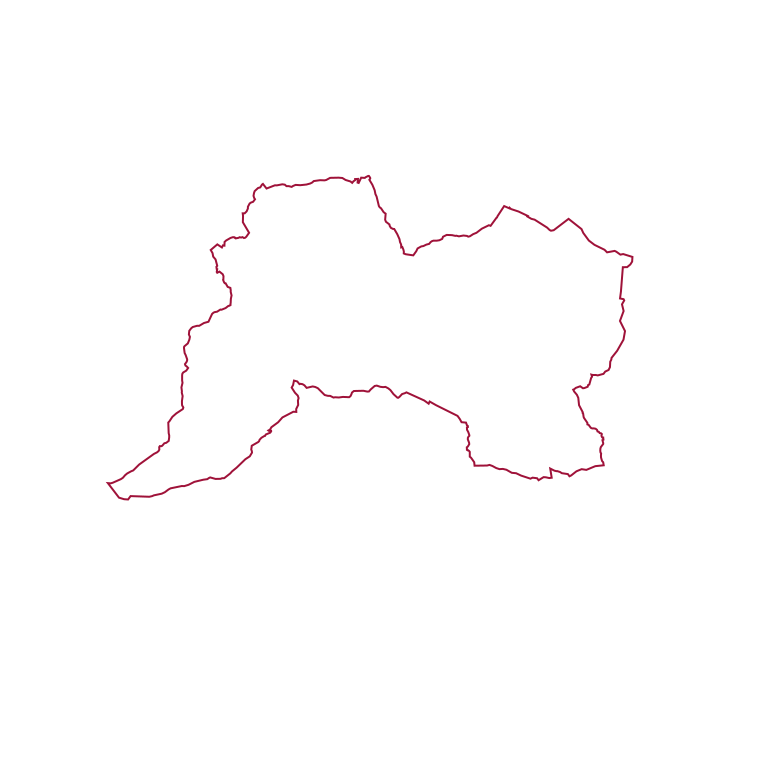 outline of Albestii De Arges, Arges, Romania, rotated 219°
{"feature_id": "2599482B24655595940767", "entity_name": "Albestii De Arges", "entity_type": "district", "adm_level": 2, "iso_a3": "ROU", "parent_name": "Romania", "parent_adm1": "Arges", "projection": "natural_earth1", "projection_center": [24.684, 45.238], "detail": "fine", "context": "isolated", "style": "outline", "palette": "rose", "viewbox_px": 768, "rotation_deg": 219, "n_neighbors": 0, "source": "geoboundaries", "source_scale": "gbopen_adm2", "svg_char_len": 6166}
<svg xmlns="http://www.w3.org/2000/svg" viewBox="0 0 768 768"><g transform="rotate(219 384 384)"><path d="M604.0,463.3L604.3,462.2L603.9,458.9L605.2,457.1L605.9,452.5L605.2,450.6L603.8,448.1L602.0,446.9L600.5,446.4L600.4,443.2L601.6,441.2L602.0,439.7L601.3,436.1L600.2,434.7L599.4,431.7L599.7,428.9L601.2,427.7L599.4,426.0L595.5,420.9L584.0,416.6L583.7,411.8L583.9,410.4L584.7,409.3L586.4,409.1L587.2,407.9L588.6,407.2L589.0,406.1L590.9,403.8L591.9,403.7L591.9,404.0L592.8,403.8L593.9,402.9L595.2,400.9L597.0,396.2L597.3,394.1L595.1,391.1L596.4,390.4L595.9,388.1L601.4,387.6L603.0,379.1L599.6,377.8L596.9,375.5L593.3,374.8L588.0,370.9L588.0,369.6L586.4,368.1L585.9,368.3L584.5,365.8L583.6,365.5L582.6,367.8L578.4,367.8L576.6,366.8L574.6,364.1L574.6,363.7L572.5,362.5L571.2,362.1L570.5,362.6L566.6,361.1L563.9,362.0L562.1,360.4L561.1,359.1L558.2,356.9L556.6,353.8L554.1,350.4L553.5,349.2L553.0,348.9L553.3,347.7L554.1,346.7L554.9,343.3L557.0,339.5L558.0,338.9L559.2,335.2L560.9,333.2L561.4,332.1L561.7,330.3L559.6,321.9L562.3,318.1L564.2,313.0L565.9,311.6L568.5,307.9L568.9,306.0L568.8,302.8L566.8,299.7L564.5,298.5L563.2,296.0L562.0,292.1L562.8,288.0L562.8,287.2L562.2,286.2L558.4,282.6L556.4,281.7L552.5,279.3L551.7,278.2L551.3,276.7L551.2,274.2L549.9,273.4L548.4,273.5L546.3,273.2L546.1,269.9L547.3,266.6L547.2,265.2L546.5,263.9L543.2,259.8L541.3,258.1L539.3,253.9L536.5,251.2L535.7,250.0L532.9,247.9L530.3,243.6L528.4,241.3L527.4,240.3L525.2,239.5L524.6,238.2L524.7,237.5L526.9,230.5L527.8,225.3L527.3,220.0L527.4,218.3L520.4,210.3L518.6,208.9L517.4,207.4L515.5,204.3L516.2,201.3L517.4,199.7L517.5,196.4L518.1,195.3L519.1,194.7L519.0,193.5L517.3,191.6L517.0,190.0L517.4,188.0L518.8,184.9L523.6,167.3L524.5,159.0L525.6,157.0L527.3,152.8L527.8,150.2L527.9,146.8L528.6,144.5L532.7,136.5L534.0,134.7L536.2,133.2L518.4,128.9L513.5,130.9L510.2,133.2L510.4,137.4L495.4,148.7L493.6,151.0L492.8,152.6L487.7,158.9L486.2,162.0L485.1,166.4L484.2,168.6L476.9,177.5L475.0,178.9L472.5,182.6L469.8,188.6L464.2,195.9L461.4,198.9L461.0,200.5L460.3,202.0L455.2,204.2L451.3,207.5L450.6,208.8L448.9,210.3L447.2,217.8L447.1,220.4L445.9,226.2L444.4,238.3L442.8,243.3L443.4,247.6L444.5,248.7L445.9,249.5L447.9,252.8L445.2,259.8L445.1,261.1L445.6,262.4L445.4,265.1L444.3,268.2L443.8,268.8L444.1,270.3L441.8,274.6L441.9,276.2L442.3,276.6L444.1,275.1L444.6,275.1L443.9,276.8L444.3,279.6L442.2,287.6L441.9,294.1L437.0,305.4L434.6,307.1L436.5,309.3L437.5,313.7L440.5,317.0L441.5,319.3L443.7,320.7L447.7,321.2L453.5,323.1L454.0,326.0L456.1,330.0L453.0,331.4L449.6,330.7L449.0,331.6L447.2,332.6L445.0,332.9L441.7,332.3L437.9,337.2L435.6,338.4L432.8,339.1L423.2,338.1L420.3,339.4L418.3,340.9L414.7,341.7L413.7,342.9L410.6,345.1L407.8,348.1L402.8,351.8L402.4,353.4L402.8,355.3L403.5,357.2L403.0,359.6L395.7,365.8L392.2,367.6L391.0,368.7L390.9,371.5L390.0,376.6L388.6,378.2L385.1,379.5L382.7,381.0L381.0,382.7L377.9,383.3L375.2,383.3L370.2,382.1L365.0,381.8L364.3,382.2L363.9,383.6L363.6,387.6L362.0,390.0L361.3,391.6L342.4,396.5L336.9,396.8L337.5,399.1L330.2,400.3L306.8,405.5L303.1,404.5L299.7,403.1L296.0,405.6L293.5,404.1L292.4,404.1L291.7,403.3L292.2,402.4L290.7,400.7L288.3,399.7L285.7,398.1L285.1,397.5L285.2,396.2L284.9,394.9L284.0,393.7L280.9,391.9L279.9,390.9L279.5,388.1L279.8,386.9L278.1,385.0L277.4,385.1L277.4,385.4L275.6,385.5L274.6,385.2L271.6,381.5L270.0,381.5L264.7,380.0L262.2,377.5L252.6,385.5L251.1,387.5L248.2,388.5L243.9,389.3L240.7,390.5L238.2,392.8L234.9,394.4L228.8,395.4L225.2,397.8L219.8,399.1L210.6,402.6L209.6,404.7L205.7,407.1L203.3,406.5L201.4,412.0L199.6,413.3L196.4,414.9L194.7,416.7L201.6,422.9L197.0,423.9L195.1,424.8L194.6,425.3L191.8,426.4L189.7,426.6L184.4,429.7L181.8,429.0L181.0,430.7L179.5,437.3L176.8,442.2L172.7,444.6L168.1,453.1L162.1,459.1L164.4,461.1L166.1,461.4L169.0,463.4L170.2,464.7L171.6,466.7L172.6,467.0L173.9,468.2L175.2,470.0L175.8,471.5L175.9,475.3L176.4,476.0L178.9,477.8L178.4,478.8L179.9,480.3L180.3,479.8L181.1,479.9L182.4,480.6L183.2,482.2L184.2,482.3L185.5,481.6L187.0,482.0L188.2,481.5L189.6,482.4L191.4,482.4L193.1,481.5L194.2,480.5L195.7,480.1L199.2,481.0L200.5,480.6L201.5,481.8L207.2,483.5L208.1,484.0L210.6,486.3L211.5,486.5L211.7,487.1L219.1,490.3L224.3,495.5L227.3,497.0L231.4,497.8L233.4,498.7L232.9,499.6L232.5,501.7L230.1,505.7L226.7,505.9L225.7,507.0L224.0,510.0L224.7,511.7L224.1,512.8L226.8,519.0L226.9,520.6L228.7,521.8L227.4,522.4L225.1,524.3L223.3,525.2L219.8,530.0L219.9,532.9L218.3,536.2L219.0,539.3L222.2,543.7L222.7,546.0L223.6,547.5L223.7,556.5L225.8,569.2L230.0,576.8L240.3,581.5L243.7,591.5L249.2,595.7L249.9,600.1L251.2,600.7L254.4,599.0L258.0,604.9L271.9,625.1L268.6,627.8L267.8,631.9L268.2,635.3L270.9,639.1L279.9,635.5L281.7,633.3L286.7,633.0L288.5,632.6L293.5,626.7L297.1,627.1L308.0,624.6L315.1,624.4L324.2,626.8L328.0,628.7L344.5,628.5L348.9,610.3L350.7,608.2L352.2,607.9L355.7,608.2L370.4,606.5L373.4,605.1L378.0,604.4L378.0,605.1L388.0,602.7L395.4,599.9L397.3,600.0L397.1,599.4L402.6,597.9L401.4,586.0L401.0,584.4L401.2,583.9L400.7,574.0L402.4,573.4L405.7,566.3L407.3,559.7L409.0,556.6L410.2,552.9L411.3,551.5L412.7,551.3L415.7,549.4L418.7,545.9L421.1,544.8L421.8,544.0L424.8,542.5L429.1,539.3L430.8,535.6L430.1,533.4L431.4,530.6L433.2,528.6L435.8,526.5L436.7,525.0L437.1,523.5L437.1,521.3L438.8,519.0L440.2,516.0L441.6,514.4L443.2,510.5L442.5,507.5L442.2,502.4L448.8,498.5L450.8,497.9L452.0,499.5L453.6,500.7L456.0,502.0L456.6,501.0L458.5,503.2L460.9,504.4L463.1,506.3L468.0,508.8L473.6,510.9L474.8,510.1L477.0,509.7L479.1,510.5L480.2,511.4L484.6,511.3L486.5,512.4L489.9,517.4L492.4,517.3L496.9,518.7L498.5,518.6L500.0,519.1L507.7,525.0L510.2,526.2L513.2,528.7L518.4,531.5L523.9,533.5L524.0,535.0L524.6,535.6L526.7,536.2L527.2,535.8L528.5,532.9L528.6,532.1L531.6,530.0L530.2,524.3L531.3,523.9L533.3,527.0L535.4,525.1L534.7,524.4L535.3,522.3L535.3,520.3L537.5,520.3L542.2,518.4L546.0,517.9L549.1,515.8L555.6,510.3L557.3,506.2L558.3,504.9L561.9,502.2L566.3,497.5L566.6,495.4L567.5,493.4L569.8,490.2L574.2,485.8L578.0,483.1L579.3,480.7L579.8,479.1L582.6,477.8L584.3,476.4L586.5,476.5L588.7,475.2L592.3,470.9L593.8,469.8L598.3,462.0L604.0,463.3Z" fill="none" stroke="#9f1239" stroke-width="2"/></g></svg>